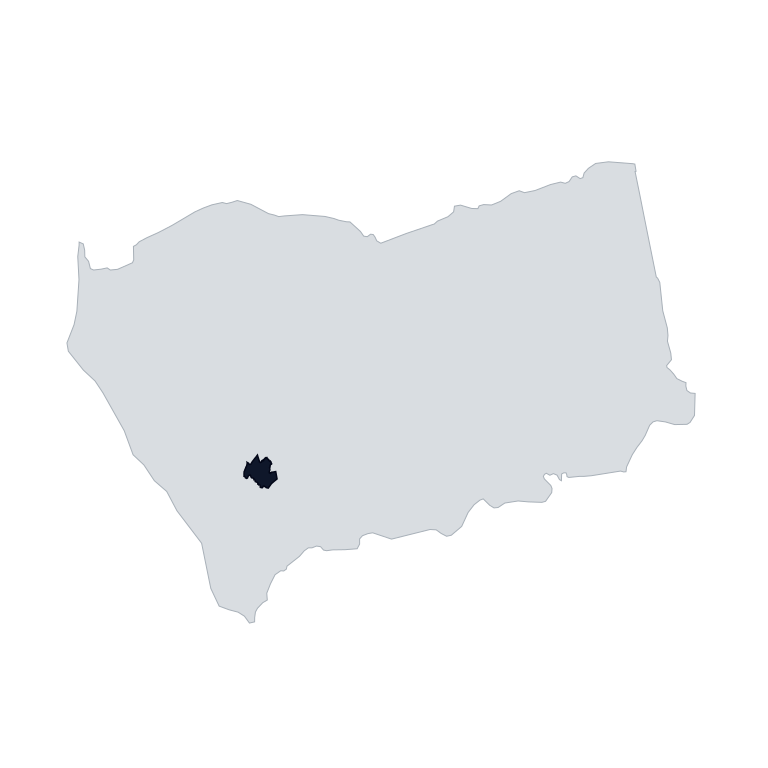 Fanteakwa North, Eastern, Ghana shown in context, rotated 79°
{"feature_id": "2480657B42231307300111", "entity_name": "Fanteakwa North", "entity_type": "district", "adm_level": 2, "iso_a3": "GHA", "parent_name": "Ghana", "parent_adm1": "Eastern", "projection": "albers", "projection_center": [-0.403, 6.499], "detail": "fine", "context": "in_parent", "style": "filled", "palette": "ink", "viewbox_px": 768, "rotation_deg": 79, "n_neighbors": 0, "source": "geoboundaries", "source_scale": "gbopen_adm2", "svg_char_len": 5952}
<svg xmlns="http://www.w3.org/2000/svg" viewBox="0 0 768 768"><g transform="rotate(79 384 384)"><path d="M474.1,85.2L480.1,90.9L481.4,94.2L479.3,106.4L474.9,115.0L472.1,123.1L472.5,127.1L475.2,131.1L484.3,137.4L488.9,141.5L494.5,147.8L500.8,153.8L511.7,161.7L516.3,163.2L516.1,165.4L514.6,168.4L513.6,197.9L512.8,205.5L512.0,209.4L511.0,220.4L509.9,222.0L507.8,221.9L505.9,222.3L505.5,224.5L506.2,226.8L512.8,228.3L511.3,230.0L506.5,231.5L504.3,234.8L505.2,238.6L502.6,241.7L503.3,243.7L505.1,245.2L507.8,244.7L515.5,239.6L518.7,239.0L522.6,240.1L530.0,247.8L530.3,251.6L527.3,264.6L524.4,274.7L523.9,288.1L527.0,295.6L526.6,299.7L523.3,303.3L515.7,308.5L516.3,312.0L519.7,318.6L526.1,325.9L538.6,334.9L545.3,346.8L545.4,351.6L541.6,356.4L537.1,360.6L535.6,366.6L537.7,406.2L527.9,423.5L527.8,428.4L528.8,434.1L531.4,437.5L536.5,438.5L540.6,441.8L539.2,453.9L537.0,466.2L536.7,472.1L535.5,475.0L531.6,477.3L530.2,481.2L531.1,486.0L530.4,489.5L532.5,494.1L537.0,499.8L544.3,514.0L547.1,515.2L548.4,518.1L547.6,521.0L550.4,527.3L558.5,533.6L567.0,539.0L573.8,539.8L575.5,544.7L580.0,551.0L583.3,553.7L588.5,555.5L592.8,556.4L593.0,561.7L585.3,565.3L580.1,570.8L576.1,579.1L570.6,588.2L551.7,593.0L544.4,593.1L505.5,593.4L469.0,611.4L448.0,617.8L435.1,627.9L417.7,635.1L405.6,643.8L380.3,647.9L339.0,661.6L326.0,667.0L312.9,676.5L291.6,687.6L283.2,687.4L266.6,676.9L254.0,671.6L223.4,663.5L200.5,660.3L189.5,656.8L186.5,656.2L189.1,652.5L195.5,652.3L202.1,653.4L207.2,650.6L214.7,650.2L216.7,647.3L217.3,639.7L217.2,633.6L219.9,630.9L220.6,623.7L217.0,607.8L214.4,606.0L201.1,603.7L200.1,600.5L197.7,597.2L195.2,589.0L192.3,576.7L187.8,561.6L178.9,536.6L176.8,527.8L175.3,518.8L175.0,508.1L176.9,504.1L176.6,498.5L175.9,493.0L182.2,480.4L194.7,464.9L197.3,459.3L199.6,455.4L200.0,449.8L202.2,431.7L208.3,409.9L212.0,401.6L214.6,397.2L217.6,389.9L218.4,386.5L229.8,378.0L235.0,375.7L236.2,372.3L234.4,368.6L235.2,366.1L238.0,364.8L242.1,363.8L245.2,360.3L240.5,333.3L236.8,306.4L236.6,304.2L234.3,300.4L232.0,289.3L228.3,282.8L222.9,280.9L223.0,274.8L228.4,264.5L229.8,258.4L227.3,256.6L226.9,251.9L228.8,244.3L227.9,239.5L226.9,234.6L221.4,222.8L220.1,214.4L223.0,209.6L222.9,198.9L220.0,182.5L219.5,172.1L221.6,167.8L220.6,163.7L216.6,159.7L216.3,155.9L219.8,152.3L219.4,149.4L215.1,147.3L211.3,142.2L207.9,134.2L208.7,121.3L215.2,97.8L216.0,95.8L223.3,96.0L223.3,97.0L246.0,96.8L271.9,96.7L302.9,96.5L331.0,96.3L332.3,95.2L336.9,93.9L365.3,96.4L383.1,95.2L390.6,96.0L396.1,97.6L408.4,96.6L415.0,97.2L419.9,103.1L421.9,103.0L424.7,100.6L429.6,97.7L434.6,95.5L438.2,90.8L440.3,87.3L443.6,88.1L448.2,87.9L451.3,84.9L452.6,80.4L474.1,85.2Z" fill="#d9dde1" stroke="#a8b0b8" stroke-width="1"/><path d="M429.6,521.8L430.3,522.6L431.2,523.5L431.8,524.3L432.9,525.6L433.5,526.2L433.8,526.6L434.4,527.2L434.7,527.7L436.1,529.0L437.4,530.2L437.2,531.6L437.0,531.8L436.9,531.9L436.7,531.8L436.4,531.9L436.4,532.0L436.1,532.1L435.9,532.1L435.8,532.3L435.7,532.3L435.5,532.5L435.4,532.7L435.2,532.8L435.2,533.0L434.9,533.3L435.0,533.3L435.6,533.5L436.2,533.6L436.7,533.7L437.1,534.0L437.4,534.2L437.9,534.3L438.3,534.6L438.6,534.8L438.9,535.1L439.4,535.5L440.2,535.9L440.7,536.2L441.2,536.7L442.1,537.1L442.8,537.6L443.3,538.0L444.8,538.4L445.7,538.6L446.3,538.7L447.1,538.7L447.7,539.1L448.1,538.8L448.4,538.3L449.1,537.9L449.7,537.9L450.0,537.4L450.5,536.8L450.2,535.9L449.6,535.6L448.7,535.0L448.2,534.2L447.8,533.6L447.8,532.7L448.7,532.4L449.5,532.3L450.2,532.2L450.8,531.9L451.1,531.1L451.4,530.5L451.6,530.3L451.7,530.2L451.9,529.9L452.2,529.9L452.9,529.9L453.2,529.9L453.2,529.6L453.6,529.1L454.4,528.8L455.2,529.0L456.3,527.3L456.6,527.0L456.9,526.8L457.7,526.6L457.8,526.9L458.2,527.0L458.6,526.4L459.1,526.3L459.2,525.3L459.8,524.9L461.6,525.1L461.6,524.9L461.8,524.7L462.0,524.6L462.3,524.4L462.3,524.2L462.4,523.9L462.4,523.7L462.5,523.6L462.6,523.3L462.5,523.2L462.4,522.9L462.2,522.9L462.2,522.7L461.9,522.6L461.7,522.5L461.6,522.4L461.4,522.2L461.2,522.0L461.2,521.9L461.2,521.7L461.3,521.7L461.4,521.3L461.4,521.2L461.5,521.1L461.7,520.8L461.8,520.7L462.0,520.6L462.2,520.0L463.2,519.5L464.1,517.5L460.5,513.7L460.2,513.3L458.5,510.3L456.8,507.1L449.3,507.0L449.3,510.6L449.2,510.7L449.1,510.8L449.1,511.0L449.4,511.3L449.5,511.4L449.6,511.7L449.5,511.8L449.5,512.0L449.5,512.3L449.6,512.5L449.6,512.8L449.4,512.9L449.4,513.0L449.5,513.0L449.4,513.1L449.4,513.3L449.5,513.3L449.4,513.5L448.9,513.5L448.7,513.4L448.4,513.3L448.0,513.3L447.8,513.2L447.7,513.1L447.4,512.9L447.1,512.7L446.9,512.6L446.6,512.5L446.3,512.4L446.2,512.4L445.7,512.3L445.2,512.3L444.5,512.3L444.1,512.2L444.0,511.9L443.8,511.7L443.5,511.7L443.2,511.6L442.9,511.5L442.6,511.4L442.3,511.3L441.8,511.1L441.6,510.8L441.4,510.5L441.2,510.0L441.2,509.7L440.9,509.5L440.7,509.6L440.4,509.7L440.1,509.8L439.7,509.8L439.3,509.8L438.9,509.9L438.7,509.9L438.5,510.2L438.5,510.3L438.4,510.3L438.0,510.4L437.8,510.4L437.8,510.5L437.8,510.8L437.9,511.0L437.7,511.2L437.4,511.3L437.1,511.4L436.8,511.4L436.7,511.5L436.6,511.8L436.4,511.8L436.4,511.7L436.2,511.7L436.1,511.9L435.9,512.0L435.7,512.1L435.6,512.5L435.4,512.6L435.2,512.5L434.9,512.9L434.8,513.0L434.7,513.1L434.2,513.0L434.1,512.9L433.9,512.9L433.9,513.0L433.9,513.4L433.7,513.7L433.7,513.9L434.0,513.9L434.3,513.9L434.4,514.0L434.4,514.3L434.2,514.4L433.9,514.4L434.1,515.0L434.3,515.3L434.5,515.3L434.8,515.3L434.9,515.5L435.0,515.6L435.3,516.0L435.2,516.2L435.2,516.3L435.1,516.5L435.3,516.8L435.5,516.8L435.7,517.0L436.2,516.9L436.2,517.0L436.3,517.2L436.0,517.3L435.9,517.2L435.7,517.2L435.6,517.3L435.6,517.5L435.8,517.8L436.0,517.8L436.0,518.1L435.9,518.3L436.0,518.5L436.2,518.8L436.3,518.8L436.5,518.8L436.6,519.0L436.8,519.2L437.0,519.2L437.0,519.3L437.3,519.4L437.3,519.6L437.4,519.8L437.4,520.1L437.5,520.2L437.4,520.3L437.3,520.6L437.1,520.8L436.8,521.1L436.7,521.1L436.4,521.0L436.0,521.1L435.5,521.1L435.0,521.2L433.2,521.4L430.9,521.7L429.6,521.8Z" fill="#0f172a" stroke="#020617" stroke-width="1.5"/></g></svg>